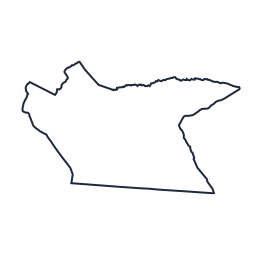 the district of San Miguel Mixtepec, Oaxaca, Mexico, rotated 6°
{"feature_id": "50627088B95758016663451", "entity_name": "San Miguel Mixtepec", "entity_type": "district", "adm_level": 2, "iso_a3": "MEX", "parent_name": "Mexico", "parent_adm1": "Oaxaca", "projection": "robinson", "projection_center": [-96.942, 16.759], "detail": "fine", "context": "isolated", "style": "outline", "palette": "slate", "viewbox_px": 256, "rotation_deg": 6, "n_neighbors": 0, "source": "geoboundaries", "source_scale": "gbopen_adm2", "svg_char_len": 3761}
<svg xmlns="http://www.w3.org/2000/svg" viewBox="0 0 256 256"><g transform="rotate(6 128 128)"><path d="M220.2,183.7L218.5,179.8L213.8,174.4L212.5,173.0L211.8,170.6L201.2,160.3L196.4,151.8L197.0,150.6L194.7,145.9L193.4,144.9L192.7,143.3L192.1,142.1L191.9,140.7L191.9,140.3L190.3,139.4L187.1,135.3L186.4,133.9L185.5,132.8L185.0,132.5L184.5,131.8L184.2,128.7L182.9,126.3L182.0,124.8L181.3,124.5L179.8,122.8L179.1,121.6L178.4,119.7L179.3,117.8L181.6,112.2L182.3,110.9L183.5,109.9L186.8,109.6L190.6,108.6L192.3,107.7L193.0,106.8L193.7,106.4L194.4,105.6L195.7,104.7L196.1,104.3L197.2,103.1L197.4,103.0L197.8,102.4L198.8,101.9L199.4,101.3L200.8,101.1L201.7,100.9L202.1,100.9L203.5,100.6L204.2,100.6L206.2,99.8L206.8,98.8L207.4,97.9L208.4,97.0L209.0,96.3L209.4,96.0L210.4,95.5L210.6,95.2L211.7,93.9L212.4,93.0L213.4,92.3L215.5,91.2L216.9,90.9L217.6,90.6L218.7,89.9L219.9,89.3L234.6,77.9L234.7,77.5L234.9,76.9L234.4,75.8L233.0,75.8L231.5,75.7L228.6,75.3L227.5,75.1L227.0,74.8L226.0,74.6L225.0,74.4L224.5,74.2L223.6,73.8L222.7,73.5L220.9,73.3L218.5,73.0L217.3,73.1L216.6,73.6L215.5,73.7L214.3,73.6L212.7,72.9L211.1,72.8L210.2,73.0L209.2,73.1L208.7,73.0L208.4,72.9L208.0,73.0L207.4,72.8L204.4,71.8L204.3,71.7L203.9,71.8L203.6,71.7L202.2,71.7L202.0,71.2L201.7,71.1L200.8,71.2L199.7,71.3L199.0,71.2L197.8,72.5L197.4,72.7L195.1,72.2L194.8,71.9L193.6,72.0L192.7,71.6L190.5,71.7L189.7,71.5L189.4,71.6L189.2,72.0L189.4,72.7L189.3,72.9L188.0,73.0L186.2,72.8L186.0,72.6L184.5,74.2L182.5,73.9L181.4,73.1L181.1,74.2L179.1,74.3L178.4,74.0L177.6,74.0L176.7,75.0L176.1,75.3L174.8,75.2L174.7,74.8L171.1,74.0L170.0,73.0L169.7,72.6L168.2,72.7L168.0,72.9L167.0,73.6L165.9,73.5L164.8,74.2L161.4,75.4L161.3,75.5L160.8,75.7L160.2,76.5L158.4,76.4L156.2,78.0L155.8,77.8L154.0,77.5L153.2,77.1L152.3,78.5L152.0,78.7L151.0,78.4L149.9,79.8L148.2,80.8L146.4,81.1L145.8,83.0L145.3,84.0L144.9,83.7L143.9,83.4L142.6,84.4L141.1,84.4L140.6,84.6L140.4,84.5L140.0,84.0L139.0,83.7L137.6,84.1L136.9,83.6L136.4,84.0L135.8,84.0L135.4,83.5L135.2,83.5L133.8,84.3L133.0,85.2L132.3,84.6L130.2,84.0L129.1,84.7L128.3,84.7L127.4,84.8L126.9,85.3L126.4,85.0L126.1,85.0L125.4,85.3L123.9,85.2L123.5,85.3L123.0,85.7L122.1,85.4L121.9,85.5L121.4,86.1L121.0,86.2L120.9,86.3L120.2,87.4L119.8,87.5L119.3,87.3L118.7,87.9L118.3,88.0L118.0,87.8L116.4,88.4L114.9,88.6L114.4,88.8L112.9,89.3L113.0,89.9L113.0,90.0L113.2,90.3L113.2,90.5L113.1,90.8L112.8,90.8L112.6,90.8L112.4,90.8L112.2,90.9L112.2,91.0L111.9,91.0L111.7,91.1L111.4,91.3L111.2,91.4L111.2,91.5L110.9,91.5L110.8,91.4L110.7,91.4L110.4,91.3L110.2,91.3L109.9,91.4L109.7,91.4L109.6,91.5L109.4,91.6L109.4,91.8L109.2,91.9L108.9,91.8L108.8,91.7L108.7,91.6L108.4,91.6L108.2,91.5L108.1,91.4L107.9,91.4L107.7,91.3L94.3,88.2L86.9,81.6L78.9,74.3L72.9,67.2L71.0,68.1L70.8,68.3L70.6,68.7L70.1,69.1L69.1,69.5L67.5,71.0L66.8,71.4L65.7,71.4L65.4,71.8L65.0,72.6L64.3,73.0L63.9,73.2L63.6,73.3L62.9,74.0L62.6,74.3L61.4,74.5L61.0,75.0L60.7,75.4L59.6,76.6L58.9,78.7L59.1,79.3L59.4,79.8L60.1,80.4L61.7,82.4L62.9,84.0L62.8,85.3L61.8,86.4L61.4,87.5L61.0,88.4L59.2,89.8L58.0,91.0L58.0,91.5L57.4,92.7L57.6,94.1L57.0,95.6L55.7,96.8L54.6,96.7L53.5,96.9L53.3,100.4L51.9,102.7L25.5,92.6L24.4,94.2L23.5,94.6L22.5,96.7L22.1,98.0L22.1,99.1L22.4,100.2L22.7,101.6L25.1,104.7L24.5,105.2L24.1,107.9L23.1,110.2L23.0,110.5L22.9,110.9L22.7,111.1L22.6,111.3L21.6,114.4L21.2,117.6L21.1,119.1L21.1,120.0L21.4,122.0L22.9,122.9L24.8,123.4L26.7,123.2L27.4,123.6L28.2,124.6L28.8,126.3L29.8,128.1L33.7,135.8L36.2,137.7L39.1,139.2L40.7,140.4L47.5,143.1L49.5,145.9L53.0,149.6L56.0,153.4L64.6,163.0L71.3,170.0L74.9,173.8L77.9,180.0L77.4,188.8L125.2,187.4L130.8,187.2L133.1,187.1L145.8,186.7L154.8,186.2L163.6,186.1L196.9,184.8L206.2,184.5L218.9,184.0L220.2,183.7Z" fill="none" stroke="#1e293b" stroke-width="2"/></g></svg>